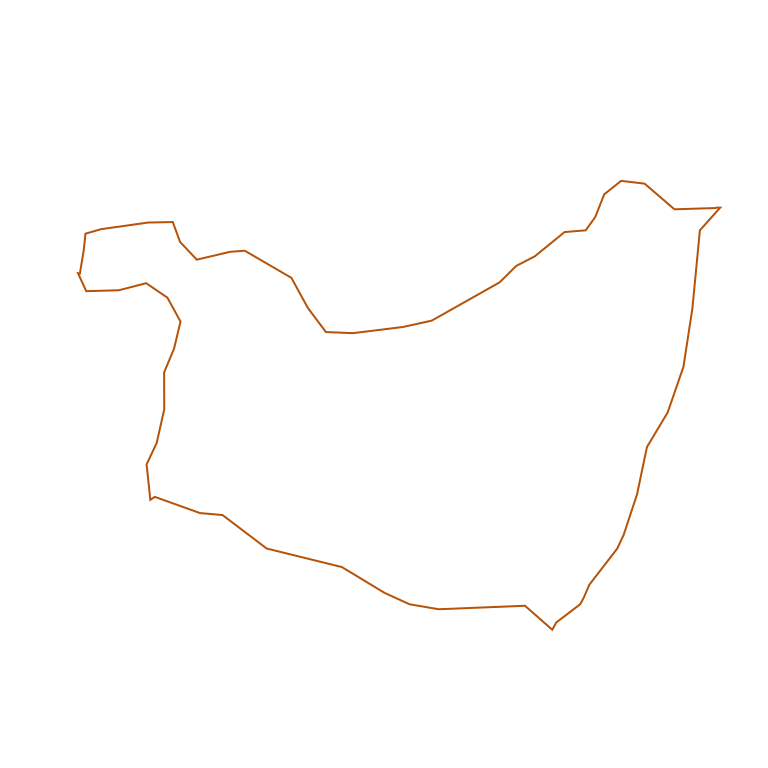 the border of Yunlin, rotated 186°
{"feature_id": "TWN-1176", "entity_name": "Yunlin", "entity_type": "County", "adm_level": 1, "iso_a3": "TWN", "parent_name": "Taiwan", "parent_adm1": "", "projection": "equal_earth", "projection_center": [120.426, 23.673], "detail": "fine", "context": "isolated", "style": "outline", "palette": "amber", "viewbox_px": 768, "rotation_deg": 186, "n_neighbors": 0, "source": "natural_earth", "source_scale": "10m", "svg_char_len": 926}
<svg xmlns="http://www.w3.org/2000/svg" viewBox="0 0 768 768"><g transform="rotate(186 384 384)"><path d="M68.1,594.5L85.9,569.9L85.2,491.1L88.0,432.4L98.9,385.4L115.9,348.8L120.8,300.8L129.9,258.9L134.9,244.6L158.9,205.7L162.9,192.6L165.9,185.4L187.7,164.9L191.0,157.2L220.6,178.2L306.2,165.7L335.6,167.6L361.6,176.3L406.7,197.5L483.5,208.1L530.9,236.8L553.6,236.4L600.2,247.8L604.3,244.4L611.7,279.2L603.9,301.6L599.9,335.9L603.9,372.5L596.5,397.2L592.9,424.8L608.4,447.2L631.1,459.4L657.6,449.5L689.8,445.2L699.9,462.2L698.0,462.0L696.6,485.8L696.6,502.3L681.3,508.5L635.6,519.9L611.0,523.0L601.7,504.0L583.2,488.1L550.8,499.4L536.4,502.0L487.2,479.9L467.7,451.7L447.2,429.6L420.3,431.3L371.1,442.7L343.2,452.0L279.6,497.2L264.8,515.3L247.4,526.7L220.3,554.0L199.5,557.9L191.4,572.1L184.8,595.7L169.4,610.8L145.8,610.5L113.4,588.1L72.3,593.7L71.7,594.2L68.1,594.5Z" fill="none" stroke="#b45309" stroke-width="2"/></g></svg>